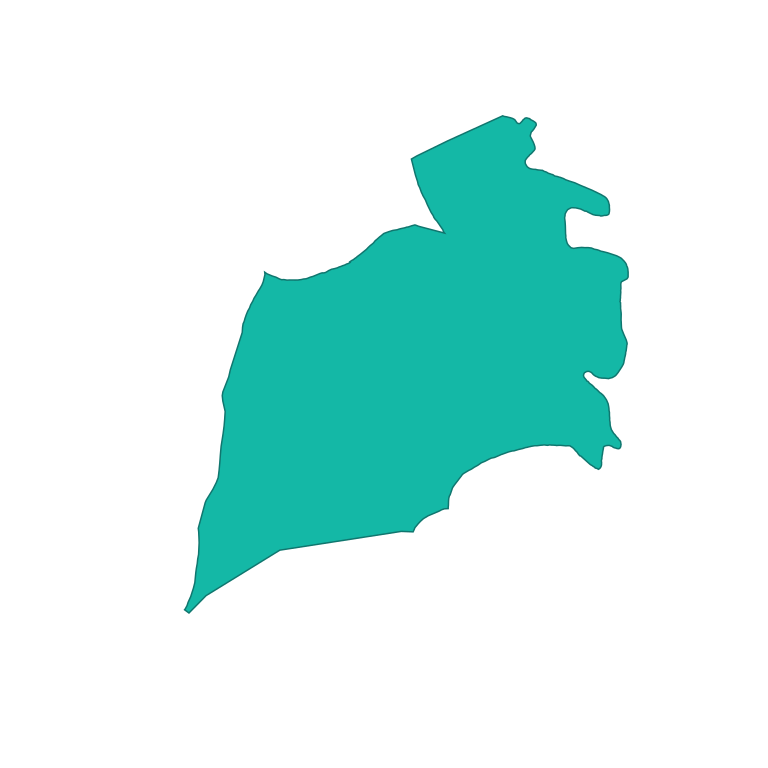 outline of Cap Estate/Ranch Site, Gros Islet, Saint Lucia, rotated 60°
{"feature_id": "8701671B82854907311550", "entity_name": "Cap Estate/Ranch Site", "entity_type": "district", "adm_level": 2, "iso_a3": "LCA", "parent_name": "Saint Lucia", "parent_adm1": "Gros Islet", "projection": "albers", "projection_center": [-60.933, 14.104], "detail": "fine", "context": "isolated", "style": "filled", "palette": "teal", "viewbox_px": 768, "rotation_deg": 60, "n_neighbors": 0, "source": "geoboundaries", "source_scale": "gbopen_adm2", "svg_char_len": 6165}
<svg xmlns="http://www.w3.org/2000/svg" viewBox="0 0 768 768"><g transform="rotate(60 384 384)"><path d="M484.8,667.4L478.3,643.9L475.8,557.3L520.3,442.7L526.6,432.7L524.9,430.3L523.9,429.1L522.2,424.5L521.2,421.3L520.3,417.1L520.2,411.6L521.7,399.4L521.7,397.1L522.3,394.1L524.0,390.7L522.8,390.0L521.3,388.9L517.4,386.5L515.2,384.9L513.7,383.4L513.0,382.1L508.1,376.5L506.7,373.6L502.1,362.5L501.6,361.5L501.3,359.8L501.2,353.6L501.4,351.7L501.4,349.8L501.2,347.4L501.3,343.4L500.9,339.1L501.4,335.3L501.6,330.8L501.8,328.2L502.5,326.2L502.9,324.9L503.6,319.0L503.6,318.2L503.9,316.9L505.1,310.1L506.1,306.5L506.9,304.8L508.0,300.2L509.3,296.0L509.9,292.9L510.3,292.1L510.9,289.8L511.3,288.7L511.6,287.6L512.8,284.4L513.9,282.5L515.6,278.4L516.0,277.7L516.8,275.8L518.9,273.0L519.6,270.9L520.4,269.9L521.7,267.8L523.0,265.9L523.5,265.4L524.5,263.3L525.5,261.6L528.5,257.4L529.5,255.4L530.5,253.9L533.5,252.4L534.8,252.0L536.0,251.7L537.2,251.6L539.5,250.9L542.2,250.7L544.1,250.3L544.7,249.6L556.7,245.7L557.5,245.3L559.0,244.4L559.9,244.1L561.4,243.2L562.1,243.2L562.8,242.7L563.5,241.9L564.4,241.2L565.0,241.1L565.1,239.8L564.9,239.0L564.4,237.9L563.4,236.6L562.4,235.8L561.7,235.4L560.4,234.6L559.3,234.3L558.3,233.3L557.4,232.5L556.8,232.2L554.7,230.6L554.0,229.9L552.0,228.4L549.1,225.9L548.5,225.6L548.1,224.7L548.2,223.6L548.5,222.3L549.3,220.5L549.9,219.5L552.1,217.6L552.8,217.4L553.6,217.0L554.3,216.5L555.4,215.3L556.3,214.6L557.1,213.6L557.5,212.9L557.5,211.8L556.7,210.4L556.0,209.9L555.0,209.0L552.1,207.9L550.9,208.0L549.5,208.4L547.6,208.5L546.1,209.0L543.4,209.3L541.6,209.8L537.2,209.9L534.7,209.3L533.3,208.9L531.7,208.2L530.2,207.4L528.0,206.6L526.4,205.6L524.2,204.6L521.2,202.9L519.6,202.4L517.6,201.4L516.1,200.8L513.3,199.8L509.2,199.3L507.2,199.4L503.8,199.7L502.5,200.1L500.7,200.7L499.4,201.4L496.6,202.1L494.6,202.7L493.3,203.4L491.1,203.8L489.0,204.4L485.9,205.8L485.0,205.8L483.7,206.1L482.9,206.8L481.8,206.8L478.3,207.4L477.5,207.3L476.4,207.0L474.9,205.6L474.5,204.6L474.5,202.3L474.9,201.3L475.6,200.1L477.4,198.8L478.9,198.3L480.2,198.1L481.1,197.8L482.6,197.1L483.4,196.6L484.3,195.8L485.8,194.9L487.9,192.3L489.4,189.8L491.7,186.7L491.8,185.8L492.2,184.5L492.6,183.1L492.6,180.0L492.3,178.5L491.1,175.5L488.2,169.7L486.6,167.0L485.6,165.8L483.9,164.4L482.6,163.2L481.7,162.5L480.1,160.9L478.6,159.6L477.6,159.0L476.2,157.6L472.9,155.1L472.1,154.6L471.1,153.6L470.1,153.0L467.0,152.2L460.8,151.5L455.3,150.7L453.6,150.0L448.8,147.5L447.1,146.7L442.2,143.7L440.8,143.0L436.8,141.3L435.0,140.2L433.4,139.4L431.9,138.5L430.5,138.4L429.6,137.4L428.8,137.1L427.8,136.2L426.4,135.4L423.0,133.1L421.2,132.2L419.8,131.1L415.9,129.0L414.6,127.9L414.2,127.0L414.2,126.3L414.4,121.0L413.7,119.5L413.2,119.0L409.3,116.7L406.2,115.3L404.5,114.8L403.1,114.8L401.6,114.3L400.0,114.3L397.7,114.6L393.8,115.6L392.2,116.5L389.3,118.4L382.2,124.7L378.7,128.3L377.4,129.8L375.6,131.1L374.1,132.5L372.5,134.4L370.0,136.3L367.9,139.1L366.4,141.8L365.5,143.1L364.5,144.6L362.9,148.0L361.8,150.9L361.2,152.2L359.5,153.9L356.7,154.7L355.1,155.0L353.4,154.9L351.3,154.4L348.1,153.4L346.7,152.5L344.6,151.6L337.6,147.8L333.7,145.9L330.4,144.5L328.8,143.1L327.3,142.1L325.8,139.8L324.8,137.7L324.9,134.4L325.2,133.2L327.4,129.8L330.8,126.2L334.7,123.6L335.7,122.2L336.8,121.7L341.8,118.3L343.6,116.4L346.0,112.9L346.9,112.3L347.5,111.0L348.3,108.5L348.8,107.8L349.1,107.1L349.3,106.4L349.4,104.7L348.9,103.9L347.3,102.5L345.8,101.5L343.3,100.3L342.0,99.5L338.0,98.4L335.0,98.4L333.6,98.7L332.0,99.3L330.9,100.0L328.5,101.3L320.1,107.0L309.6,115.0L305.1,118.2L301.4,121.6L297.9,124.6L296.0,125.7L293.1,128.1L292.4,128.9L291.0,130.1L289.2,132.2L287.5,132.9L286.8,133.4L286.3,134.0L284.5,135.5L283.7,136.3L282.7,136.8L281.4,137.6L279.9,139.0L278.2,139.9L277.5,141.0L275.3,144.0L274.0,145.3L272.6,147.5L271.3,149.0L270.0,150.2L267.7,151.3L266.9,151.4L264.0,151.4L263.2,151.2L261.1,150.0L260.0,147.9L259.1,145.4L258.9,144.3L258.3,143.2L258.3,142.4L258.0,140.9L256.8,137.2L256.3,136.1L255.5,135.4L253.9,134.7L251.7,134.2L249.0,133.8L242.9,133.5L242.0,133.1L239.7,130.8L239.2,129.9L239.1,129.1L238.1,126.6L236.0,122.8L235.1,122.3L234.0,122.0L233.1,122.2L230.9,123.2L228.1,125.0L227.1,125.1L226.0,126.3L224.9,127.3L224.5,128.2L224.3,129.1L224.7,130.5L224.7,131.3L225.5,133.0L226.3,135.8L226.2,136.6L225.8,137.1L225.1,137.9L224.5,138.2L220.4,138.6L218.4,139.8L216.5,141.5L215.6,142.5L214.2,143.9L212.3,146.2L211.1,147.1L205.3,207.1L202.9,241.5L202.9,247.8L218.8,252.3L225.4,253.7L228.5,254.7L232.0,254.9L236.8,255.8L238.7,255.9L240.3,256.1L245.2,256.1L250.4,256.8L258.9,257.4L262.8,257.2L264.8,257.5L267.2,257.3L268.9,256.8L273.4,256.4L275.3,256.3L279.7,255.9L281.9,256.3L283.6,256.1L265.5,274.4L264.1,275.7L263.0,276.5L261.7,277.7L260.9,280.6L260.1,284.6L259.5,285.9L259.1,288.0L257.8,291.9L257.3,293.9L257.0,295.5L255.4,299.6L254.5,303.6L253.6,308.6L253.6,309.2L254.2,312.5L254.4,314.2L255.1,317.5L255.5,320.0L256.6,322.6L257.0,325.0L257.2,326.6L257.9,329.5L258.6,331.8L259.9,340.0L260.0,341.0L260.2,342.6L260.2,343.2L260.6,344.8L260.7,346.5L261.0,348.4L260.9,350.4L261.1,352.6L261.8,352.5L261.8,354.7L261.4,356.4L261.3,358.7L260.8,360.9L260.7,362.2L260.2,364.5L260.1,366.2L259.4,369.0L258.4,372.1L258.1,375.3L258.2,377.1L258.2,378.8L257.7,380.6L256.8,382.1L256.3,384.2L255.3,391.8L254.6,394.4L254.3,396.9L253.9,398.9L252.8,401.3L252.2,403.4L250.8,406.8L246.8,413.6L245.6,416.0L243.5,418.5L242.5,420.5L240.9,421.9L237.4,424.2L234.8,426.6L232.1,428.7L230.1,430.2L227.5,431.4L229.6,432.3L235.1,437.5L237.3,440.3L239.7,444.4L240.3,445.8L243.2,450.7L244.7,453.6L246.7,456.3L248.7,459.8L250.9,462.4L252.7,465.5L255.1,468.6L257.8,471.7L259.8,473.7L261.4,475.9L264.1,478.1L268.5,481.0L294.8,509.9L300.2,514.9L310.3,527.5L313.2,529.9L318.2,532.1L328.4,535.3L335.0,539.7L340.3,543.4L346.6,548.2L356.5,556.2L363.5,561.1L369.7,565.3L376.5,570.1L382.2,574.4L385.5,578.5L389.7,584.9L395.7,596.0L397.3,598.1L416.1,617.0L419.4,618.4L424.4,621.0L429.1,623.5L438.9,629.8L442.5,632.9L446.1,635.5L450.0,638.8L453.4,641.4L461.4,647.1L465.6,651.2L471.4,657.6L475.2,662.9L477.4,665.3L479.3,668.4L479.8,669.6L484.8,667.4Z" fill="#14b8a6" stroke="#0f766e" stroke-width="1.5"/></g></svg>